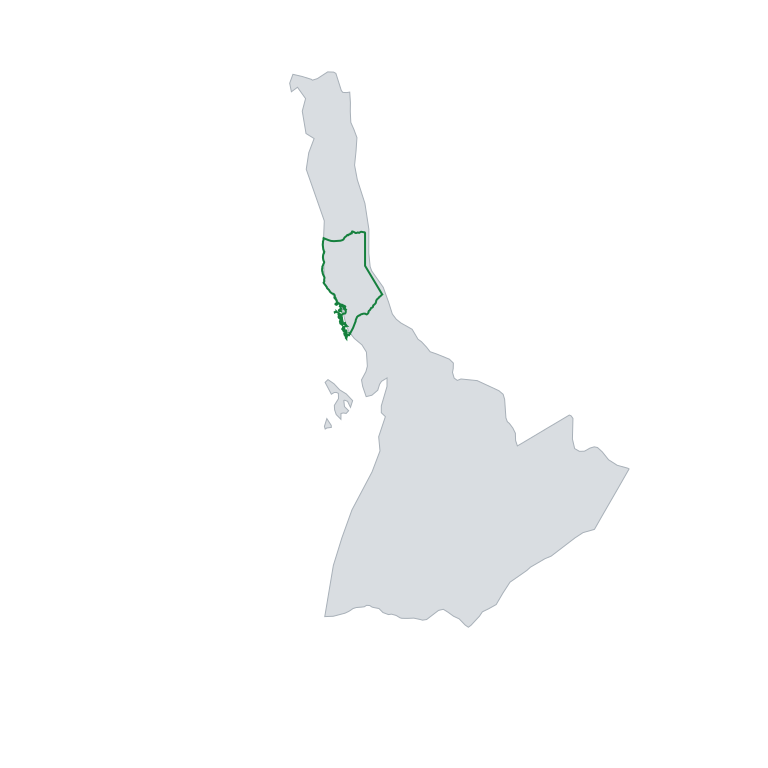 Araeta, Debubawi Keyih Bahri, Eritrea shown in context, rotated 216°
{"feature_id": "51966322B42999406046920", "entity_name": "Araeta", "entity_type": "district", "adm_level": 2, "iso_a3": "ERI", "parent_name": "Eritrea", "parent_adm1": "Debubawi Keyih Bahri", "projection": "mercator", "projection_center": [40.88, 14.412], "detail": "fine", "context": "in_parent", "style": "outline", "palette": "green", "viewbox_px": 768, "rotation_deg": 216, "n_neighbors": 0, "source": "geoboundaries", "source_scale": "gbopen_adm2", "svg_char_len": 8251}
<svg xmlns="http://www.w3.org/2000/svg" viewBox="0 0 768 768"><g transform="rotate(216 384 384)"><path d="M135.8,459.3L133.3,436.6L131.7,421.4L130.0,405.3L128.3,390.1L135.6,380.8L139.0,371.9L147.6,343.0L151.1,337.3L157.9,321.8L158.8,317.3L165.6,297.7L164.9,284.7L163.6,271.5L167.2,263.7L170.5,257.5L170.3,252.2L171.8,239.9L172.8,236.8L176.8,236.7L185.1,238.2L191.2,237.0L198.2,237.0L203.6,236.6L206.8,232.9L211.1,218.5L214.0,215.6L216.2,214.8L222.3,212.1L227.6,207.9L231.9,204.9L233.5,204.3L238.1,203.9L242.7,202.2L244.8,200.1L250.5,198.5L256.1,199.4L259.9,197.6L262.5,196.5L265.3,196.4L268.0,194.7L269.0,192.2L270.7,190.6L275.1,186.8L277.1,184.1L278.0,181.4L278.9,179.2L280.9,175.6L288.5,166.3L295.2,161.0L318.3,207.4L327.6,234.7L335.9,263.2L342.0,305.9L347.9,327.5L357.3,338.2L363.7,358.4L369.3,359.2L373.3,364.7L380.1,383.7L385.1,390.7L387.6,384.7L387.4,381.2L385.4,375.3L387.2,367.8L391.0,363.3L399.8,369.5L404.6,374.1L405.9,383.4L407.9,388.6L417.0,399.5L424.8,402.7L434.8,403.4L443.2,405.8L449.9,409.8L462.5,420.9L491.4,430.6L514.5,460.3L528.2,480.9L573.1,512.0L580.8,526.9L584.8,541.5L594.3,540.8L610.5,556.7L615.2,568.8L628.4,573.2L630.7,566.0L637.1,571.9L639.7,581.0L631.2,584.6L621.8,587.8L620.5,587.7L617.4,591.9L613.0,603.4L608.1,606.7L605.5,607.0L591.0,596.3L588.7,595.7L585.5,597.8L583.3,600.0L576.5,591.8L571.5,584.7L564.6,576.1L557.9,572.2L550.7,567.4L543.6,556.1L536.4,543.7L525.7,533.6L505.6,518.9L487.2,500.3L473.2,480.9L464.1,470.7L460.3,468.2L441.5,461.8L428.4,452.9L418.4,445.5L412.2,443.6L406.2,443.3L393.4,444.8L382.8,440.2L378.4,440.2L371.2,438.8L365.7,437.2L359.1,439.2L345.7,442.5L340.2,441.7L337.1,437.2L335.4,433.6L330.7,430.0L326.8,430.0L324.7,433.3L310.6,441.5L287.1,446.1L281.6,445.7L277.4,442.5L265.5,428.3L262.1,426.0L259.4,425.8L253.9,424.1L248.8,421.4L244.3,415.6L239.7,412.3L234.8,423.6L226.3,443.5L221.7,454.1L215.8,467.8L213.9,468.2L210.9,467.2L199.2,450.2L191.8,443.8L186.3,444.4L182.3,447.5L179.7,453.2L177.0,456.7L174.0,458.1L167.6,457.4L157.8,454.7L147.6,455.3L137.2,459.2L135.8,459.3ZM412.2,345.4L415.4,349.6L417.6,349.2L419.3,347.8L420.6,344.8L432.6,350.7L431.9,354.6L424.7,354.8L416.4,353.2L408.7,353.8L399.6,352.1L397.4,345.4L403.3,348.6L406.3,347.8L406.8,347.0L402.7,342.5L396.9,341.6L397.3,338.0L399.9,336.6L401.5,334.9L398.1,330.1L404.7,331.2L408.8,334.1L411.6,337.5L412.2,345.4ZM407.3,314.7L409.9,322.4L402.4,319.5L401.1,317.9L404.4,314.8L405.1,313.0L407.3,314.7Z" fill="#d9dde1" stroke="#a8b0b8" stroke-width="1"/><path d="M518.6,466.5L518.4,466.0L517.8,465.4L517.4,464.3L517.1,463.3L516.4,462.4L515.8,461.2L515.3,460.5L512.2,457.2L511.6,456.9L510.9,456.2L510.6,456.2L510.0,455.9L509.7,455.1L509.8,454.9L509.5,454.6L509.5,454.3L509.4,454.1L509.4,453.4L508.7,451.9L507.9,450.6L506.6,449.2L505.4,448.2L504.3,447.7L503.8,447.1L503.5,445.2L503.2,444.5L502.9,442.8L502.6,442.2L502.2,442.0L501.9,441.6L501.9,441.3L501.7,441.1L501.7,440.6L501.4,440.5L500.7,439.3L500.2,439.1L500.1,438.8L499.7,438.7L499.5,438.3L499.0,438.0L498.9,437.7L497.4,436.6L496.9,436.4L496.6,436.2L494.9,435.3L494.5,434.9L493.7,433.1L493.3,432.6L492.9,432.4L492.7,432.1L492.5,431.4L492.5,430.7L492.4,430.4L491.9,430.2L491.2,430.0L490.6,429.7L489.1,429.4L488.5,429.1L487.4,428.8L486.8,428.3L486.1,428.0L483.6,427.7L482.4,427.1L481.5,426.8L479.8,426.7L479.0,426.8L477.9,427.2L477.1,427.2L476.6,427.1L475.4,426.2L475.0,425.4L474.9,424.7L474.7,424.6L474.7,424.9L474.5,425.1L474.0,425.2L473.5,425.0L472.5,424.0L472.2,423.9L472.1,424.1L471.7,424.0L471.4,423.8L471.2,423.6L470.8,423.3L470.4,422.3L470.2,422.2L469.9,422.2L469.8,422.5L469.4,422.7L468.2,422.2L468.0,422.7L467.6,422.8L466.0,422.7L465.6,422.6L465.2,422.3L464.6,422.3L464.4,422.7L465.0,422.9L465.0,423.2L464.5,423.4L464.0,423.7L463.6,423.6L463.4,423.0L463.2,423.0L463.0,422.9L462.8,423.0L462.5,422.9L462.1,423.2L462.2,423.6L462.1,423.8L461.9,423.8L461.7,424.0L460.9,423.9L460.7,423.2L460.4,422.6L460.8,422.3L461.4,422.5L461.6,422.4L461.0,422.1L460.8,421.4L460.5,421.2L460.1,421.2L460.3,421.5L460.2,421.6L459.8,421.5L459.4,421.6L459.1,421.7L458.4,421.7L458.4,421.2L458.0,420.6L457.3,419.9L456.9,418.6L457.0,418.0L458.2,417.1L458.5,416.4L458.7,415.8L458.6,414.7L458.7,413.7L458.5,413.1L458.4,412.8L458.1,412.7L457.9,412.8L458.0,413.7L457.4,413.4L455.3,411.1L454.0,410.1L453.7,409.2L453.2,409.0L453.0,409.3L452.3,409.4L451.6,410.2L451.4,409.7L451.0,409.9L450.9,409.6L450.7,409.4L450.4,409.5L450.2,409.4L449.6,409.5L449.2,409.2L448.4,409.1L448.7,408.9L448.7,408.5L449.1,408.5L449.6,407.3L449.8,407.1L449.9,406.8L449.8,406.7L450.0,406.4L449.8,406.3L449.7,405.9L449.9,406.1L450.1,406.4L450.1,406.6L450.5,406.1L450.5,405.8L450.1,405.1L450.1,403.9L449.8,403.8L449.6,403.8L449.4,404.5L449.7,404.4L449.7,404.0L449.9,404.6L449.6,404.8L449.5,405.2L449.4,405.2L448.9,405.7L448.7,405.5L448.7,405.4L448.6,404.8L448.4,404.5L447.8,404.4L447.2,404.4L446.9,404.5L447.2,404.4L446.9,404.7L446.3,405.0L446.7,405.0L446.0,405.1L445.1,404.1L444.8,404.0L444.7,403.7L444.2,403.5L444.0,402.9L444.2,402.5L444.4,401.5L443.9,401.2L444.3,401.4L444.7,401.3L444.7,402.1L444.8,402.1L444.6,402.3L444.9,402.1L444.8,401.7L444.9,401.3L445.3,401.1L444.9,400.7L444.2,400.7L443.5,400.2L443.2,400.4L442.3,399.6L442.0,398.9L441.3,398.7L441.6,399.1L441.7,399.7L442.0,400.0L441.9,400.4L442.3,400.6L442.6,401.3L442.7,401.2L443.0,401.1L442.9,401.3L443.1,401.5L442.8,401.8L442.9,401.4L442.7,401.3L442.6,401.9L442.8,402.0L442.5,402.0L441.8,402.3L441.1,402.8L441.4,403.0L441.3,403.3L441.4,403.5L441.4,403.9L441.0,404.5L441.5,404.8L441.2,404.9L441.2,405.4L442.0,411.2L443.5,416.8L443.7,417.8L444.5,419.3L445.2,422.5L445.0,423.5L444.4,424.9L444.0,425.2L443.9,426.0L443.3,427.2L442.7,427.8L442.2,428.6L440.7,429.8L439.1,430.0L438.8,430.3L438.5,431.3L438.5,432.6L439.1,433.5L439.2,434.2L438.9,435.2L438.9,436.5L439.1,438.0L438.5,438.8L438.3,439.5L438.3,440.0L438.9,441.2L438.4,443.2L438.3,444.6L438.9,446.2L439.3,446.9L439.4,447.9L439.3,449.0L438.9,450.6L439.0,451.4L438.5,453.0L438.2,455.2L438.1,455.4L468.8,468.5L488.0,494.9L488.5,495.3L488.9,495.3L489.5,494.9L490.4,494.5L492.0,493.7L492.5,492.9L492.9,491.7L493.3,491.5L494.2,491.3L494.9,490.2L495.5,489.6L495.9,489.4L496.9,489.4L498.9,489.0L499.4,488.7L499.4,488.4L499.2,487.8L498.7,487.1L498.6,486.9L498.8,486.6L499.6,486.1L499.5,485.3L500.3,484.3L500.3,483.5L500.9,483.3L501.2,483.1L501.3,482.8L501.3,481.8L501.9,479.9L502.0,479.2L501.8,477.9L501.8,476.9L502.4,475.7L503.5,474.3L508.5,470.1L511.0,468.6L513.7,467.7L518.6,466.5ZM454.3,407.4L453.0,407.3L453.4,407.6L453.6,407.5L453.0,408.0L453.3,408.0L453.4,408.3L453.6,408.4L453.6,408.6L453.9,408.9L454.7,408.3L455.2,408.8L456.1,409.0L455.6,409.9L455.7,410.0L456.0,409.7L456.1,409.2L456.5,409.1L456.3,408.6L454.9,407.3L454.7,407.3L454.6,407.5L454.3,407.4ZM459.3,411.0L458.2,411.1L458.1,411.3L458.3,411.1L458.6,411.2L458.6,411.3L458.9,411.6L458.9,412.0L459.3,412.2L459.6,412.1L459.9,412.2L460.0,412.4L459.8,412.8L459.6,412.7L459.5,412.8L459.8,412.9L459.3,413.1L459.5,413.3L460.0,412.9L460.3,413.0L460.4,412.1L460.2,411.5L459.3,411.0ZM461.5,417.8L462.2,417.6L462.7,417.8L462.9,417.6L463.5,417.5L463.8,417.4L463.8,417.0L463.4,416.7L463.0,416.6L462.6,416.8L462.6,417.1L462.1,417.6L461.4,417.7L461.5,417.8ZM470.0,419.9L469.1,420.1L468.9,420.2L468.8,420.5L469.3,420.5L469.7,420.6L470.0,420.5L470.3,420.3L470.2,420.0L470.0,419.9ZM463.2,419.1L462.7,419.6L463.1,419.9L463.6,419.7L463.5,419.2L463.2,419.1ZM460.2,414.4L460.0,413.7L459.8,413.7L459.6,414.1L459.6,414.5L459.7,414.4L460.0,414.6L459.6,414.6L459.6,414.8L460.1,414.7L460.2,414.4ZM465.4,420.9L464.9,420.9L464.8,421.0L464.9,421.3L465.0,421.2L465.3,421.3L465.5,421.2L465.4,420.9ZM464.2,422.3L463.7,422.3L463.7,422.6L464.1,422.7L464.3,422.4L464.2,422.3ZM464.7,414.6L464.5,414.4L464.3,414.4L464.1,414.5L464.7,414.6ZM457.1,410.6L456.6,410.6L456.3,410.7L457.0,410.7L457.1,411.0L456.9,411.0L457.1,411.0L457.2,410.8L457.1,410.6ZM466.0,413.4L466.1,413.2L465.8,413.0L465.7,413.3L466.0,413.4ZM461.4,413.6L461.7,413.6L461.6,413.4L461.4,413.3L461.4,413.6ZM456.4,410.8L456.3,410.7L455.9,410.9L455.9,411.0L456.4,410.8ZM447.5,402.9L447.3,402.8L446.9,402.9L447.4,403.0L447.1,403.0L447.5,402.9ZM446.1,403.1L446.6,402.9L446.0,403.0L446.1,403.1ZM461.8,422.8L461.8,422.6L461.5,422.7L461.8,422.8ZM445.6,403.5L445.9,403.2L445.6,403.4L445.6,403.5Z" fill="none" stroke="#15803d" stroke-width="2"/></g></svg>